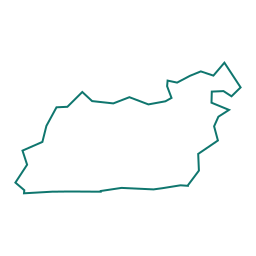 the district of Bagat, Khorezm, Uzbekistan
{"feature_id": "79887680B39463987044413", "entity_name": "Bagat", "entity_type": "district", "adm_level": 2, "iso_a3": "UZB", "parent_name": "Uzbekistan", "parent_adm1": "Khorezm", "projection": "orthographic", "projection_center": [60.845, 41.311], "detail": "fine", "context": "isolated", "style": "outline", "palette": "teal", "viewbox_px": 256, "rotation_deg": 0, "n_neighbors": 0, "source": "geoboundaries", "source_scale": "gbopen_adm2", "svg_char_len": 651}
<svg xmlns="http://www.w3.org/2000/svg" viewBox="0 0 256 256"><path d="M224.4,62.7L213.4,75.6L200.8,71.4L190.0,75.8L177.1,82.6L167.6,80.6L167.1,86.2L171.5,97.9L165.4,101.3L148.4,104.4L129.4,97.2L113.3,103.4L92.1,101.1L82.3,92.0L67.4,106.8L56.5,107.3L46.4,125.9L42.4,141.9L22.5,150.6L27.1,164.7L15.4,182.6L24.3,190.2L24.0,193.3L51.9,191.7L70.1,191.5L100.7,191.7L100.7,191.0L121.5,187.9L145.0,189.0L153.5,189.4L162.4,188.2L180.5,185.3L187.9,185.8L187.9,185.3L198.9,170.6L198.2,153.9L217.9,140.5L214.1,126.3L218.4,116.7L229.0,109.9L211.5,102.7L211.8,91.6L223.5,91.1L231.5,96.3L240.6,87.4L224.4,62.7Z" fill="none" stroke="#0f766e" stroke-width="2"/></svg>